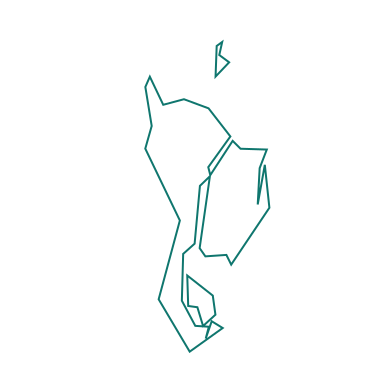 outline of Nordjylland, rotated 289°
{"feature_id": "DNK-3418", "entity_name": "Nordjylland", "entity_type": "Region", "adm_level": 1, "iso_a3": "DNK", "parent_name": "Denmark", "parent_adm1": "", "projection": "natural_earth1", "projection_center": [9.42, 57.153], "detail": "coarse", "context": "isolated", "style": "outline", "palette": "teal", "viewbox_px": 384, "rotation_deg": 289, "n_neighbors": 0, "source": "natural_earth", "source_scale": "10m", "svg_char_len": 732}
<svg xmlns="http://www.w3.org/2000/svg" viewBox="0 0 384 384"><g transform="rotate(289 192 192)"><path d="M202.3,270.3L136.1,252.7L143.7,245.0L135.5,225.6L141.4,217.5L212.7,203.8L200.4,197.5L144.0,211.3L130.6,203.8L85.9,217.8L66.5,238.7L70.1,251.8L57.9,252.7L76.2,252.7L73.4,265.3L40.3,241.8L79.7,195.4L161.1,189.8L217.8,133.7L241.3,132.4L276.1,113.7L287.3,114.6L265.1,136.4L277.1,154.2L276.5,180.4L257.0,210.2L220.8,199.3L213.9,203.8L253.6,213.8L248.7,223.8L256.5,248.9L236.6,248.2L201.6,258.2L241.4,252.0L202.3,270.3ZM100.8,245.4L83.6,254.1L68.9,246.1L84.8,234.6L83.0,225.5L111.5,214.7L100.8,245.4ZM338.1,167.8L343.7,171.7L330.4,173.2L326.7,184.9L308.8,176.7L338.1,167.8Z" fill="none" stroke="#0f766e" stroke-width="2"/></g></svg>